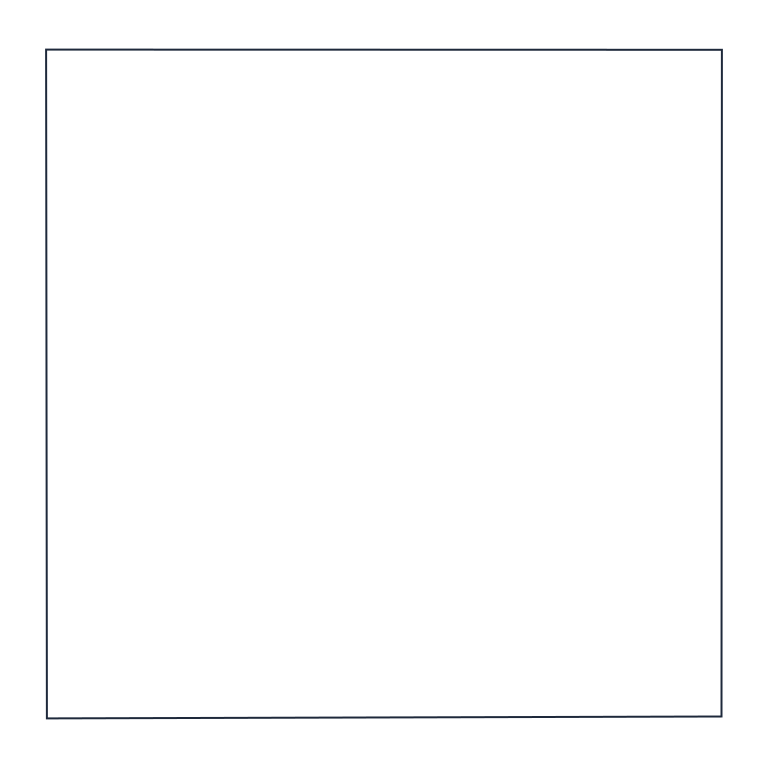 the district of Hutchinson, Texas, United States of America
{"feature_id": "52423323B37064870430206", "entity_name": "Hutchinson", "entity_type": "district", "adm_level": 2, "iso_a3": "USA", "parent_name": "United States of America", "parent_adm1": "Texas", "projection": "mercator", "projection_center": [-101.408, 35.84], "detail": "fine", "context": "isolated", "style": "outline", "palette": "slate", "viewbox_px": 768, "rotation_deg": 0, "n_neighbors": 0, "source": "geoboundaries", "source_scale": "gbopen_adm2", "svg_char_len": 181}
<svg xmlns="http://www.w3.org/2000/svg" viewBox="0 0 768 768"><path d="M46.1,49.6L46.9,718.4L721.5,716.5L721.9,49.8L46.1,49.6Z" fill="none" stroke="#1e293b" stroke-width="2"/></svg>